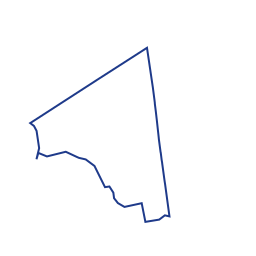 the district of Dillon, South Carolina, United States of America, rotated 34°
{"feature_id": "52423323B8509439867450", "entity_name": "Dillon", "entity_type": "district", "adm_level": 2, "iso_a3": "USA", "parent_name": "United States of America", "parent_adm1": "South Carolina", "projection": "equal_earth", "projection_center": [-79.33, 34.426], "detail": "fine", "context": "isolated", "style": "outline", "palette": "blue", "viewbox_px": 256, "rotation_deg": 34, "n_neighbors": 0, "source": "geoboundaries", "source_scale": "gbopen_adm2", "svg_char_len": 640}
<svg xmlns="http://www.w3.org/2000/svg" viewBox="0 0 256 256"><g transform="rotate(34 128 128)"><path d="M44.2,178.6L48.9,178.9L53.8,181.5L65.6,194.4L69.6,205.1L67.6,198.8L76.7,196.9L89.7,182.5L101.8,180.6L104.0,180.2L110.5,177.7L121.4,178.2L142.0,189.9L145.3,186.9L152.0,189.8L155.7,194.0L161.6,195.9L169.2,195.4L181.4,182.7L194.9,196.1L205.1,186.5L207.4,179.8L211.8,178.1L190.4,154.1L187.9,151.4L176.2,138.3L175.8,137.8L173.7,135.6L168.9,130.1L168.6,129.9L160.0,120.2L158.6,118.5L147.6,105.5L141.6,98.5L136.7,92.9L136.2,92.2L134.3,90.0L126.2,80.8L98.9,50.9L75.4,105.5L44.2,178.6Z" fill="none" stroke="#1e3a8a" stroke-width="2"/></g></svg>